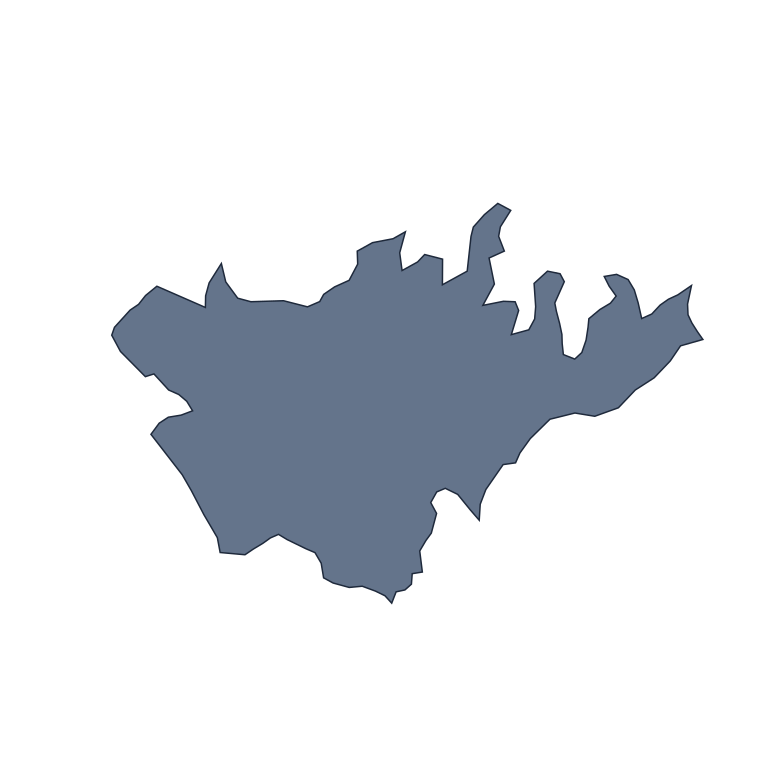 Braga, Rio Grande do Sul, Brazil, rotated 116°
{"feature_id": "56859067B42324023180319", "entity_name": "Braga", "entity_type": "district", "adm_level": 2, "iso_a3": "BRA", "parent_name": "Brazil", "parent_adm1": "Rio Grande do Sul", "projection": "albers", "projection_center": [-53.757, -27.581], "detail": "fine", "context": "isolated", "style": "filled", "palette": "slate", "viewbox_px": 768, "rotation_deg": 116, "n_neighbors": 0, "source": "geoboundaries", "source_scale": "gbopen_adm2", "svg_char_len": 1983}
<svg xmlns="http://www.w3.org/2000/svg" viewBox="0 0 768 768"><g transform="rotate(116 384 384)"><path d="M203.8,372.5L213.2,370.5L246.1,358.7L269.2,375.0L246.1,386.1L249.8,404.2L259.6,407.3L274.1,417.5L259.2,427.4L237.8,431.5L249.5,439.6L262.0,456.3L276.3,466.3L287.8,460.2L306.1,460.8L318.4,471.0L329.9,477.5L338.1,477.9L348.2,486.6L353.2,510.8L368.4,539.7L371.0,553.1L361.6,571.0L347.0,583.0L369.8,585.5L382.9,583.0L393.5,578.1L395.7,631.0L409.0,637.1L420.0,639.5L428.9,644.6L440.9,648.1L451.2,651.1L459.5,650.1L470.3,635.1L482.0,601.7L475.8,595.2L483.8,574.9L483.4,563.9L486.0,553.7L492.0,544.3L500.9,552.7L508.4,563.3L517.8,568.9L531.4,571.4L554.0,525.6L564.3,510.4L580.4,488.6L587.7,477.6L595.2,466.4L607.3,457.4L598.4,434.1L589.5,429.0L580.4,423.1L572.1,418.6L565.4,412.9L566.3,402.8L566.3,393.6L566.3,382.0L565.8,372.1L572.6,361.9L584.7,353.3L585.2,342.6L582.1,326.1L575.3,314.9L573.9,300.9L573.9,290.3L577.6,281.0L565.5,282.0L559.9,274.9L551.9,271.6L542.1,275.5L536.2,267.1L518.4,278.7L506.2,277.7L497.3,276.1L477.3,280.0L470.1,290.0L457.9,289.3L450.9,283.2L450.9,269.4L459.3,251.3L464.7,238.7L449.9,244.8L434.2,246.2L404.2,241.6L397.2,231.2L386.4,231.6L368.9,228.6L342.9,219.4L335.8,210.9L326.4,199.7L320.6,180.4L302.6,162.9L279.2,155.5L260.0,143.9L237.7,136.8L219.7,134.2L204.2,116.9L199.6,125.2L194.2,134.0L188.5,141.1L179.1,146.2L160.7,150.8L175.1,159.0L183.1,165.5L192.0,170.4L203.7,174.0L212.2,181.1L199.7,191.1L189.7,200.3L183.1,210.4L183.5,223.0L190.8,233.2L197.4,224.5L203.2,213.9L212.1,215.9L222.4,222.6L235.5,228.5L243.5,225.5L256.0,221.6L269.0,220.0L278.0,223.5L278.9,235.7L269.5,241.6L261.5,245.8L252.6,252.7L243.1,260.9L236.3,266.0L224.3,266.4L213.0,266.8L207.7,274.1L210.9,286.5L227.8,293.2L248.0,281.6L259.5,277.1L271.8,277.6L283.8,291.2L258.9,295.2L252.6,302.2L257.3,312.9L270.0,329.6L245.8,328.6L224.7,344.8L211.8,334.1L201.0,345.7L191.7,348.3L172.4,346.2L171.8,360.9L187.7,368.0L203.8,372.5Z" fill="#64748b" stroke="#1e293b" stroke-width="1.5"/></g></svg>